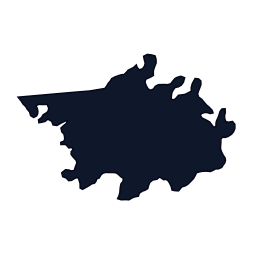 Ipuaçu, Santa Catarina, Brazil, rotated 85°
{"feature_id": "56859067B42484326505504", "entity_name": "Ipuaçu", "entity_type": "district", "adm_level": 2, "iso_a3": "BRA", "parent_name": "Brazil", "parent_adm1": "Santa Catarina", "projection": "robinson", "projection_center": [-52.479, -26.688], "detail": "fine", "context": "isolated", "style": "filled", "palette": "ink", "viewbox_px": 256, "rotation_deg": 85, "n_neighbors": 0, "source": "geoboundaries", "source_scale": "gbopen_adm2", "svg_char_len": 3068}
<svg xmlns="http://www.w3.org/2000/svg" viewBox="0 0 256 256"><g transform="rotate(85 128 128)"><path d="M141.1,23.3L137.9,21.6L133.7,21.2L130.6,23.3L131.0,27.6L130.0,30.1L126.7,30.9L124.0,30.7L120.9,29.7L117.3,29.6L117.2,32.7L119.3,34.7L123.2,36.3L125.9,37.6L128.6,39.2L131.2,40.0L133.6,40.1L135.0,42.4L132.0,44.3L129.1,46.1L126.9,49.3L124.7,53.1L122.0,54.9L120.0,53.5L119.2,50.1L119.6,47.5L120.8,44.8L120.4,42.0L117.8,42.6L114.5,45.2L111.9,47.8L109.3,49.7L105.8,52.1L103.2,55.1L99.9,55.7L96.9,54.4L93.8,52.8L90.8,51.5L87.4,51.4L85.2,53.5L84.5,56.8L89.4,60.1L93.3,61.5L96.8,61.7L98.1,64.7L99.5,68.3L99.7,72.1L99.8,74.8L102.2,77.3L103.9,79.4L103.1,82.6L99.6,81.9L96.8,81.3L94.0,79.6L91.7,77.4L91.4,74.4L89.9,71.1L87.2,68.8L82.9,67.2L81.1,70.8L81.8,74.5L82.8,76.9L84.8,78.9L87.7,81.6L88.3,84.8L87.8,88.5L87.5,93.9L88.8,97.1L91.4,99.3L92.4,102.6L90.5,104.7L87.6,106.1L83.8,107.1L80.9,106.0L80.0,103.3L79.0,100.5L77.8,98.1L75.4,98.0L73.0,97.7L70.0,96.5L65.6,94.3L61.7,94.1L58.5,94.8L57.2,98.4L56.4,102.4L57.9,106.2L61.5,105.8L64.7,105.2L67.5,106.0L70.3,108.4L71.0,111.7L68.5,113.6L65.9,114.2L68.2,117.2L69.4,120.1L70.3,122.6L72.3,124.7L74.4,127.2L74.4,130.2L75.0,132.9L76.0,136.6L77.4,139.9L79.8,141.7L81.8,143.8L84.2,145.5L86.6,147.6L87.8,162.8L87.7,178.7L87.7,182.8L87.7,189.6L87.7,203.7L87.7,234.8L91.9,232.0L94.9,230.5L97.7,228.0L100.5,226.7L103.4,224.6L107.2,223.9L109.3,221.1L108.0,218.0L105.8,216.7L103.4,216.3L100.4,216.7L97.8,217.8L96.7,214.8L97.2,210.6L97.4,206.5L101.4,205.2L104.5,206.3L105.9,208.2L107.4,211.3L110.1,213.3L112.0,216.4L115.0,216.3L114.7,212.9L114.2,210.0L112.2,207.1L114.7,203.4L118.4,202.4L119.3,198.6L117.5,194.8L115.7,190.2L115.4,187.3L118.2,189.3L120.3,192.4L122.2,194.8L126.2,194.2L128.3,192.4L131.0,192.0L133.5,192.0L135.6,193.1L136.4,196.2L138.6,196.3L138.9,191.7L140.8,190.0L142.7,188.7L142.5,185.7L144.6,184.5L146.6,186.6L149.2,187.0L151.7,185.5L153.9,183.8L155.9,182.3L158.6,182.0L161.0,183.3L163.0,184.2L165.6,185.2L165.9,188.0L164.8,190.4L164.1,193.8L166.8,197.9L170.8,197.3L172.5,193.8L175.3,191.7L175.2,188.7L173.4,185.1L172.9,182.1L176.0,181.2L179.2,180.6L183.7,180.9L185.1,178.6L183.5,175.0L181.9,171.5L180.4,168.9L180.1,166.3L178.5,164.7L176.1,163.7L175.2,161.0L172.6,159.3L170.9,157.1L170.3,154.3L170.7,150.8L171.0,147.1L171.6,143.8L173.3,141.7L175.8,139.5L177.9,137.0L181.0,137.8L182.9,139.8L185.4,140.6L188.2,141.2L191.4,141.7L194.4,142.7L197.5,144.5L198.9,141.0L199.1,136.9L199.6,133.3L197.9,129.8L197.1,126.7L196.9,123.7L193.8,122.3L192.1,119.0L191.5,116.5L190.1,113.6L187.6,112.8L184.1,111.0L181.9,107.8L181.6,103.7L179.6,100.9L181.0,98.9L182.6,97.0L182.5,94.4L184.3,92.5L187.1,91.1L190.2,90.0L193.7,89.5L194.6,86.3L195.0,83.1L191.4,79.6L190.6,75.9L189.2,73.2L186.3,69.7L184.1,67.2L181.5,65.4L178.5,63.6L177.9,60.6L177.6,57.4L177.8,53.7L178.5,49.7L177.4,46.5L176.3,44.2L176.6,41.7L175.5,38.2L173.3,36.5L171.3,34.7L168.7,33.7L166.3,33.9L163.0,35.7L159.9,36.9L157.0,37.6L154.2,37.4L151.1,36.8L147.4,36.5L145.5,34.9L145.8,32.1L145.2,29.1L143.2,25.4L141.1,23.3Z" fill="#0f172a" stroke="#020617" stroke-width="1.5"/></g></svg>